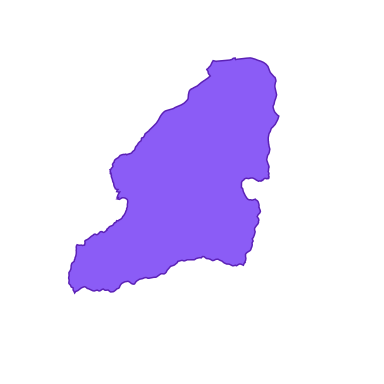 Socha, Boyacá, Colombia (Mercator projection), rotated 212°
{"feature_id": "7082276B6203898628626", "entity_name": "Socha", "entity_type": "district", "adm_level": 2, "iso_a3": "COL", "parent_name": "Colombia", "parent_adm1": "Boyacá", "projection": "mercator", "projection_center": [-72.683, 5.965], "detail": "fine", "context": "isolated", "style": "filled", "palette": "violet", "viewbox_px": 384, "rotation_deg": 212, "n_neighbors": 0, "source": "geoboundaries", "source_scale": "gbopen_adm2", "svg_char_len": 6025}
<svg xmlns="http://www.w3.org/2000/svg" viewBox="0 0 384 384"><g transform="rotate(212 192 192)"><path d="M109.6,157.1L110.0,159.2L109.6,160.3L110.0,160.4L110.3,162.4L111.2,164.4L112.2,165.4L113.6,167.5L113.6,168.0L113.5,169.2L113.0,170.5L111.9,172.7L111.6,173.7L111.7,174.7L112.1,176.1L112.2,177.2L112.9,179.1L114.0,180.5L114.2,181.5L114.1,182.5L114.4,183.0L116.1,184.2L115.9,185.9L116.4,188.7L117.3,191.6L117.6,192.0L118.7,192.8L119.6,194.3L119.7,194.7L119.5,198.1L119.2,199.3L119.4,201.3L119.6,201.6L120.0,202.0L120.4,203.6L121.5,204.7L123.7,205.6L123.9,207.8L123.4,210.3L123.7,211.8L124.6,212.7L126.1,213.7L126.6,214.3L127.3,214.5L127.7,215.7L128.7,217.0L130.7,218.7L131.3,219.0L132.1,219.2L133.7,219.2L134.5,219.5L136.8,216.8L138.0,216.6L139.1,215.8L139.7,215.6L141.1,215.5L141.8,215.7L144.7,217.0L148.2,219.2L149.2,220.0L150.8,221.7L151.8,222.0L152.4,221.9L155.1,226.4L155.2,227.9L154.4,230.0L154.5,230.8L153.5,232.2L152.7,232.7L151.1,233.3L149.7,234.9L148.2,235.9L147.5,236.1L145.9,236.3L143.7,236.2L141.2,236.4L140.7,237.2L139.2,237.8L139.0,238.8L138.7,238.8L138.5,239.3L138.2,239.4L138.2,240.5L137.6,242.0L136.7,242.6L136.2,242.6L135.9,242.8L135.4,242.9L135.4,243.3L135.1,243.7L134.3,243.9L134.2,244.5L134.3,244.9L134.9,245.5L134.9,245.9L136.3,247.1L136.2,247.8L136.6,248.6L138.3,249.8L138.5,250.7L139.6,252.7L139.6,253.4L140.0,253.6L140.1,254.3L140.7,254.6L141.0,255.2L141.9,255.7L145.7,258.8L146.3,260.3L147.3,263.2L147.2,265.1L147.5,266.5L148.7,269.6L151.0,271.7L151.8,272.8L152.4,273.1L152.8,273.9L153.4,274.4L153.6,275.0L154.3,275.6L156.1,278.4L157.5,281.9L157.7,282.9L157.7,284.7L158.4,287.5L158.4,288.4L158.0,289.6L157.3,293.5L157.6,297.9L157.8,299.4L158.6,302.4L160.3,302.5L164.1,303.6L165.8,304.7L168.1,306.8L168.8,307.9L168.9,309.7L170.1,313.0L170.7,316.0L171.7,319.2L177.4,325.0L178.3,326.5L179.3,329.1L179.5,330.4L180.1,331.2L181.8,332.8L182.5,333.2L183.4,333.2L188.9,334.8L191.0,336.3L194.1,338.7L197.0,339.6L199.9,339.8L202.9,339.4L206.0,338.6L208.8,338.1L212.1,337.2L213.6,336.6L216.9,334.2L224.3,328.3L225.2,327.4L225.6,327.6L226.4,328.5L227.7,327.4L228.0,327.0L228.3,325.7L229.9,323.9L240.5,315.9L240.5,315.7L243.7,314.6L243.6,311.8L243.3,310.0L243.3,308.4L243.7,306.9L243.9,305.0L244.4,304.1L244.4,303.7L242.1,302.7L241.5,301.7L240.5,301.0L238.0,300.1L239.0,296.8L242.1,289.8L243.7,284.8L246.0,281.0L246.2,280.5L246.2,280.3L247.0,279.3L247.4,278.6L247.3,278.4L247.7,277.6L247.8,276.8L247.6,275.4L246.7,272.8L244.8,269.2L244.7,268.0L245.1,265.7L245.7,263.3L247.2,260.3L251.2,254.6L252.0,252.9L252.5,252.3L256.8,247.5L257.6,246.5L258.1,245.4L258.7,242.9L258.9,240.5L258.9,238.9L258.6,235.3L258.7,231.5L259.8,226.5L261.0,221.8L260.9,221.3L262.6,216.5L262.2,214.6L262.1,212.9L262.4,212.1L263.0,211.6L263.3,211.0L263.1,210.2L262.6,209.5L262.4,208.3L263.0,206.8L263.4,204.9L263.3,203.1L263.7,200.3L263.0,197.5L263.1,196.7L263.8,194.8L263.9,193.1L264.9,191.6L265.2,191.5L265.6,190.8L266.2,190.4L266.4,189.9L266.7,189.7L267.0,189.0L268.0,189.1L268.3,189.0L268.8,188.2L269.7,187.9L270.1,187.4L270.9,186.8L271.6,185.8L272.3,185.0L272.7,182.2L273.9,179.9L274.4,178.5L274.3,176.9L273.8,176.1L274.1,175.6L274.1,173.4L273.7,172.8L272.9,172.2L272.6,171.6L272.6,170.8L272.9,169.6L272.8,168.7L273.4,167.4L272.6,167.0L272.4,166.7L272.3,166.1L271.2,165.3L271.4,164.7L270.9,164.3L270.3,164.6L269.6,163.6L269.2,163.5L268.6,162.3L266.5,160.7L264.5,158.7L263.3,158.1L261.8,156.3L260.5,155.2L259.9,155.0L259.1,154.5L258.8,154.1L257.2,154.3L256.2,154.8L256.4,153.8L256.1,152.4L255.2,152.8L254.1,153.0L253.3,153.6L253.3,150.7L252.7,147.9L251.5,148.4L251.5,147.6L251.9,146.5L249.6,147.3L248.2,150.1L246.5,151.1L245.3,151.4L243.9,151.4L242.9,151.3L242.4,151.0L241.2,149.5L240.2,147.1L238.9,145.1L238.7,143.4L238.1,142.5L237.9,140.3L237.6,139.7L237.4,137.3L237.5,135.3L237.8,134.6L237.7,134.2L237.5,133.2L238.1,130.9L239.0,129.8L239.1,128.8L239.7,128.2L240.6,127.9L240.7,127.6L240.5,126.1L240.6,125.6L241.3,125.0L241.4,124.6L241.5,122.1L241.9,121.2L243.3,119.4L243.7,118.5L244.0,116.6L244.5,115.2L243.9,114.8L244.8,112.0L245.2,111.2L245.7,110.8L246.1,110.7L247.3,110.7L248.3,110.1L248.8,109.4L249.3,106.8L249.8,105.6L250.1,105.3L250.6,105.1L251.7,105.0L252.2,104.7L252.8,103.9L253.0,102.9L253.9,101.1L254.8,98.1L255.5,96.4L256.5,94.9L256.9,94.1L256.8,93.5L255.7,92.1L255.0,90.0L256.0,89.2L256.5,88.6L257.6,88.4L259.5,87.0L261.5,86.4L261.5,85.3L261.1,84.1L260.5,83.2L260.0,82.7L259.1,80.8L258.6,80.3L257.4,78.2L256.6,76.1L256.4,74.5L255.8,73.2L255.7,71.9L255.2,71.0L255.2,70.6L256.0,68.5L256.1,67.6L255.5,65.6L254.3,63.5L253.8,62.1L253.6,60.2L253.7,58.8L253.6,58.3L251.9,55.9L251.2,54.0L250.9,53.5L249.5,52.2L248.2,49.5L247.7,49.1L245.7,48.6L244.2,47.5L243.4,47.5L242.3,47.8L241.8,47.4L240.9,45.9L239.4,45.2L238.0,44.2L237.9,46.0L236.6,47.8L235.0,52.1L233.2,54.6L232.0,55.0L231.2,55.0L229.7,54.7L228.6,55.1L223.7,55.7L222.4,56.3L220.9,58.1L220.3,58.6L218.5,58.8L218.0,59.1L217.5,59.7L216.6,61.8L215.8,62.7L215.2,62.7L214.3,62.5L213.3,62.8L211.2,64.4L208.8,64.1L208.1,64.1L206.8,65.0L205.7,66.0L205.5,66.5L204.8,68.3L204.5,69.8L203.2,71.5L203.0,72.4L203.4,74.7L203.3,76.4L203.1,77.3L201.5,80.1L198.9,82.4L197.3,82.6L195.0,82.3L194.0,82.4L193.1,82.7L192.2,83.3L192.0,83.7L192.0,85.6L191.8,87.0L190.3,90.2L188.0,92.4L186.8,94.1L185.8,95.0L185.1,95.3L184.0,95.4L183.0,95.9L179.2,99.4L177.6,100.5L177.1,101.1L175.1,106.0L174.2,106.8L172.5,107.6L172.0,108.1L171.6,109.2L171.4,110.2L171.6,112.4L171.0,116.0L170.8,117.6L169.0,119.7L168.2,120.8L167.0,124.5L167.3,125.4L167.2,125.8L166.2,126.7L164.7,128.4L163.9,128.9L162.3,129.3L161.6,129.9L160.1,132.0L154.2,135.7L153.7,136.5L153.5,137.3L152.5,138.6L150.8,140.3L149.2,141.1L149.0,142.5L148.8,142.9L148.2,143.2L147.3,143.6L145.5,143.3L144.4,143.3L144.0,143.4L142.9,144.1L141.0,144.6L138.3,144.7L137.3,145.5L136.1,147.5L134.4,148.8L132.1,148.9L130.1,149.3L127.2,148.9L124.4,149.3L122.9,150.2L121.9,150.6L118.6,150.9L118.0,151.2L116.3,152.9L116.1,153.0L115.5,152.9L115.1,153.1L114.1,155.4L113.3,156.3L112.0,156.8L109.6,157.1Z" fill="#8b5cf6" stroke="#5b21b6" stroke-width="1.5"/></g></svg>